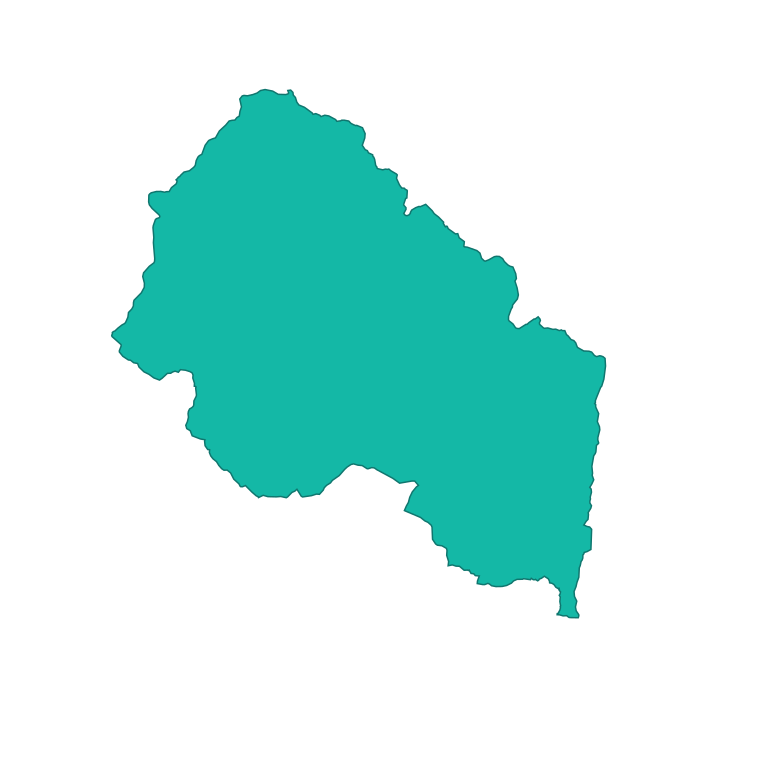 Tazlau, Neamt, Romania (orthographic projection), rotated 44°
{"feature_id": "2599482B29958320334989", "entity_name": "Tazlau", "entity_type": "district", "adm_level": 2, "iso_a3": "ROU", "parent_name": "Romania", "parent_adm1": "Neamt", "projection": "orthographic", "projection_center": [26.403, 46.703], "detail": "fine", "context": "isolated", "style": "filled", "palette": "teal", "viewbox_px": 768, "rotation_deg": 44, "n_neighbors": 0, "source": "geoboundaries", "source_scale": "gbopen_adm2", "svg_char_len": 6121}
<svg xmlns="http://www.w3.org/2000/svg" viewBox="0 0 768 768"><g transform="rotate(44 384 384)"><path d="M686.1,417.2L685.1,415.3L684.2,414.6L679.9,413.7L676.6,411.4L673.5,406.3L668.6,404.5L664.9,401.3L662.9,396.4L660.7,392.8L658.4,387.7L652.2,380.6L651.3,378.3L649.1,374.8L648.8,372.9L647.9,371.1L645.9,368.9L645.7,367.2L645.0,366.1L646.5,363.5L647.8,359.3L634.3,344.3L631.3,344.0L628.9,345.5L625.7,346.6L624.8,342.3L624.8,339.7L621.8,335.9L620.2,334.7L619.1,329.8L617.8,327.4L614.8,326.6L613.4,325.2L612.4,323.3L610.9,322.1L608.4,317.7L606.0,315.7L603.8,315.4L603.0,311.7L601.4,307.2L597.2,305.1L596.0,303.3L590.7,298.8L584.7,289.9L584.3,287.4L583.6,285.7L579.4,280.5L579.6,278.4L579.4,277.3L576.6,275.7L575.0,273.9L571.1,267.1L568.6,265.0L563.6,262.9L559.0,256.2L552.3,253.5L550.4,251.6L549.2,251.8L548.9,250.4L547.7,249.3L546.4,246.3L542.2,236.0L542.1,234.3L538.8,227.8L530.9,217.2L525.2,212.0L522.6,212.2L520.6,213.1L519.5,213.9L518.0,216.5L516.9,217.0L515.3,217.3L511.2,216.8L508.7,218.0L504.7,221.5L498.1,223.2L497.2,223.1L493.3,221.2L490.4,220.9L487.6,222.1L483.0,221.5L480.9,221.7L477.0,220.0L475.2,221.7L474.0,221.9L473.0,223.8L469.5,225.2L467.5,227.4L462.9,229.9L460.6,232.6L459.5,232.9L454.5,233.0L453.3,232.1L452.4,229.7L451.0,228.9L448.2,228.6L447.6,232.3L446.8,232.9L445.6,239.1L445.5,241.7L444.7,242.4L442.8,250.2L441.0,251.7L439.6,252.2L435.1,251.2L430.2,251.7L428.9,251.3L426.5,248.7L423.5,241.9L423.0,239.6L421.6,237.7L420.9,230.2L418.8,226.6L413.0,222.4L406.7,219.0L406.0,216.2L402.2,213.2L395.5,210.3L392.7,211.8L390.4,212.3L385.5,212.3L382.2,211.4L378.4,212.1L376.2,214.0L374.9,215.8L373.1,221.9L371.5,225.3L370.4,225.8L366.9,225.8L362.1,223.2L358.1,223.5L348.9,227.7L346.5,229.5L345.8,229.5L342.9,225.8L336.5,226.6L332.6,224.6L331.2,226.4L322.3,227.7L320.0,226.7L319.2,227.2L319.2,228.1L318.8,228.3L315.2,227.3L314.5,226.2L307.2,226.0L301.8,226.6L298.4,225.9L289.2,225.8L286.9,231.3L285.8,232.0L284.3,235.2L283.1,239.7L283.8,242.2L284.4,242.9L284.5,245.1L283.6,247.0L282.1,247.9L279.8,247.6L278.5,243.1L277.3,241.9L273.9,241.6L273.2,240.8L270.7,235.5L271.2,234.3L266.6,228.9L265.9,228.6L264.1,229.2L262.7,229.0L260.6,230.7L257.0,230.1L250.6,227.6L250.0,227.2L248.3,224.4L247.1,224.3L240.9,225.8L238.2,226.0L237.4,227.2L235.7,228.5L234.3,230.8L229.5,233.7L228.0,232.8L226.3,232.6L221.2,228.9L218.9,227.9L218.1,228.1L216.6,227.0L212.3,228.5L209.9,227.7L207.7,228.5L202.6,227.4L199.3,220.4L196.5,217.0L190.5,214.6L184.7,216.9L184.3,217.7L181.8,218.7L179.0,219.5L176.0,219.3L172.1,221.9L170.3,223.7L170.0,224.8L167.6,227.8L165.5,227.4L158.1,229.5L154.7,231.8L152.9,235.4L151.1,235.3L147.1,236.9L145.6,239.3L144.2,238.9L134.6,240.2L129.0,242.4L125.5,241.8L121.2,239.4L118.1,239.2L115.9,237.5L112.7,237.4L110.9,239.7L113.3,240.9L113.4,242.0L112.3,244.0L106.7,249.1L100.5,250.6L93.9,254.8L91.3,258.7L90.6,262.8L88.6,266.9L85.6,271.5L82.8,273.7L81.9,275.3L82.3,279.2L89.0,283.7L91.0,287.9L93.8,291.8L93.1,294.5L93.4,297.8L91.5,299.9L89.9,302.4L90.3,307.7L89.8,316.3L91.8,324.0L90.3,326.8L88.9,330.1L88.8,331.2L89.5,336.5L93.4,345.3L92.5,348.1L92.5,350.0L93.7,353.7L96.4,357.9L96.6,360.3L95.9,365.8L92.9,370.5L92.7,375.6L93.0,376.5L92.4,378.1L92.7,379.4L92.6,381.6L94.2,381.7L95.5,384.3L94.7,390.4L95.8,394.8L93.8,396.9L93.0,398.4L89.7,400.5L86.5,403.7L83.7,408.2L83.4,410.1L83.6,411.4L88.2,416.5L90.7,418.1L95.2,418.8L104.7,418.6L106.2,419.0L106.7,419.8L106.7,420.7L105.4,423.2L105.4,424.7L108.0,430.3L109.2,432.0L116.6,438.5L119.9,442.5L131.9,453.0L133.7,455.1L134.3,456.6L133.4,462.4L133.8,471.0L135.8,474.3L141.6,477.9L144.4,481.0L146.1,487.0L146.0,497.4L147.1,499.3L149.6,502.1L150.5,505.3L150.5,510.0L153.4,513.9L155.3,519.1L155.4,520.7L154.5,523.5L153.8,528.4L153.6,532.8L152.9,534.3L152.8,535.7L153.6,536.4L154.4,538.2L155.4,538.8L167.4,538.3L168.5,539.2L170.5,543.9L171.4,544.8L176.9,545.5L183.4,544.3L185.1,543.0L189.2,542.6L192.5,540.4L196.0,542.0L202.9,542.0L208.2,540.3L214.2,539.5L219.8,537.1L220.4,534.1L220.8,526.8L223.1,524.4L223.6,522.2L224.8,519.9L227.9,518.4L227.6,515.1L231.6,512.0L235.8,509.9L238.2,509.3L240.4,510.2L242.3,512.5L247.1,515.1L249.1,517.4L250.2,516.6L250.9,516.8L251.4,517.8L256.4,521.9L257.4,523.1L259.0,528.2L261.6,531.1L262.3,532.5L262.2,534.5L261.5,537.0L262.3,539.5L263.7,541.5L266.4,543.7L268.8,547.8L270.1,551.4L273.1,553.1L277.1,552.2L282.0,554.5L290.1,551.1L293.9,548.5L294.8,549.9L298.2,552.7L302.7,553.6L304.2,552.4L306.0,554.6L309.4,556.1L312.9,556.6L317.5,556.2L321.7,557.3L326.0,557.7L328.7,557.2L331.0,554.9L335.4,554.5L342.0,556.8L349.0,556.6L351.6,557.5L352.3,557.4L353.6,556.2L354.9,553.3L364.3,553.5L369.8,553.2L371.7,552.5L372.6,552.9L374.4,548.0L378.7,545.7L384.9,540.0L387.9,536.6L392.7,533.7L393.1,532.2L393.1,525.9L394.3,523.0L394.5,520.2L402.4,522.2L403.9,521.8L409.4,514.7L411.9,510.1L414.2,508.2L414.0,502.5L413.1,500.1L413.1,496.7L414.2,492.3L413.8,489.2L415.4,481.0L415.0,472.7L415.2,469.2L416.2,464.8L417.6,462.6L421.6,460.5L425.0,457.8L430.6,456.7L431.4,456.1L433.2,452.7L435.3,451.1L438.5,450.6L455.9,445.7L464.1,444.5L471.5,434.4L473.5,432.5L479.2,433.0L478.8,435.6L479.3,441.9L481.2,447.6L483.8,452.2L484.9,456.4L486.6,460.9L503.0,454.6L508.5,454.1L511.6,453.0L516.1,452.8L518.0,453.6L526.8,462.0L532.2,463.2L534.3,462.9L538.1,460.1L543.1,458.9L545.0,460.0L548.1,463.7L553.8,466.8L556.4,470.2L558.8,466.7L562.3,465.0L564.9,462.7L571.0,462.3L573.5,459.7L574.2,459.6L574.5,458.7L578.2,459.8L580.4,458.2L582.8,458.4L585.9,455.9L588.1,460.8L589.7,462.8L594.5,459.6L595.8,458.3L597.2,455.3L598.8,454.6L601.5,454.4L605.2,452.0L609.6,447.6L612.2,443.7L614.0,438.7L614.0,435.6L615.4,432.1L619.3,428.2L619.7,427.1L625.3,423.0L624.9,421.5L627.3,421.1L628.7,419.8L628.7,419.3L631.2,418.9L631.6,417.8L631.3,416.4L632.2,414.4L632.9,410.9L637.5,410.0L640.0,410.9L641.3,412.0L643.2,410.7L645.6,410.2L648.8,410.8L651.4,410.2L651.7,409.5L652.5,410.3L652.7,409.9L653.9,410.8L655.4,410.9L656.7,413.1L656.8,414.2L658.7,414.7L661.7,418.4L665.2,420.9L665.4,421.7L666.4,422.4L667.5,424.3L668.6,428.1L668.1,428.8L668.8,429.7L670.8,428.0L673.9,426.4L676.3,423.8L679.2,423.4L680.2,422.7L686.1,417.2Z" fill="#14b8a6" stroke="#0f766e" stroke-width="1.5"/></g></svg>